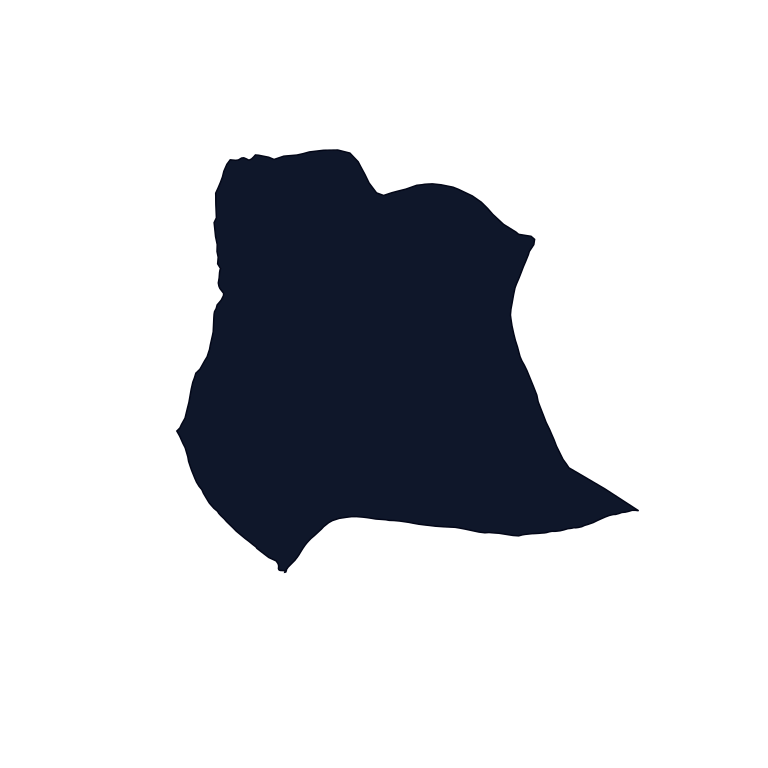 Champhone, Savannakhét, Laos, rotated 46°
{"feature_id": "54806243B27710680023105", "entity_name": "Champhone", "entity_type": "district", "adm_level": 2, "iso_a3": "LAO", "parent_name": "Laos", "parent_adm1": "Savannakhét", "projection": "mercator", "projection_center": [105.234, 16.49], "detail": "fine", "context": "isolated", "style": "filled", "palette": "ink", "viewbox_px": 768, "rotation_deg": 46, "n_neighbors": 0, "source": "geoboundaries", "source_scale": "gbopen_adm2", "svg_char_len": 3674}
<svg xmlns="http://www.w3.org/2000/svg" viewBox="0 0 768 768"><g transform="rotate(46 384 384)"><path d="M317.3,188.4L310.1,189.8L295.7,195.2L290.4,197.6L280.4,204.5L273.7,210.1L270.7,213.5L268.5,216.1L267.0,218.3L263.8,222.4L259.0,232.9L254.5,240.7L251.9,245.4L250.2,248.9L248.1,253.3L241.3,256.6L229.0,255.1L220.2,252.2L210.9,249.6L206.2,248.2L194.2,248.1L183.6,254.7L173.8,265.2L165.2,276.5L162.1,282.2L158.8,287.6L150.5,297.8L146.1,307.1L140.8,309.4L132.3,315.3L129.9,317.4L130.1,320.1L130.1,323.0L129.2,325.7L126.5,326.6L123.9,327.7L122.5,329.5L121.7,333.1L120.1,335.3L115.9,338.9L116.8,344.4L119.7,351.4L122.8,356.3L125.4,361.7L127.7,367.1L129.8,372.5L132.4,374.9L135.1,377.5L138.0,380.2L148.0,389.1L149.9,394.1L155.4,398.4L161.0,402.8L167.8,407.1L172.7,412.1L177.6,415.2L182.0,420.2L187.5,421.4L188.0,422.7L189.6,424.9L193.1,428.8L196.2,433.0L198.2,434.3L199.2,434.9L201.4,435.7L207.5,436.4L209.0,438.3L210.6,442.9L211.2,449.1L213.1,452.2L214.2,455.6L215.8,457.8L219.0,461.3L221.1,463.5L227.8,470.6L228.7,471.9L229.8,473.5L235.2,481.7L238.0,485.6L239.6,488.7L241.5,492.2L242.8,497.2L244.7,503.4L245.5,506.2L245.5,511.8L247.9,516.1L249.9,520.3L253.9,526.4L261.7,537.1L265.1,542.6L270.3,550.8L272.5,558.0L273.8,561.3L273.9,564.5L273.9,565.7L279.3,567.1L281.7,567.9L282.1,568.1L287.1,569.9L291.7,571.3L300.1,575.7L303.9,578.3L309.1,580.8L312.8,582.5L320.5,585.6L324.3,587.0L329.2,588.1L333.4,588.4L337.2,589.8L341.0,590.7L345.7,591.8L348.6,592.4L353.2,592.6L355.2,592.7L359.9,592.2L362.2,592.7L365.2,592.8L370.1,592.6L373.4,592.8L382.8,592.5L387.0,592.5L398.8,591.2L403.1,590.5L408.2,589.9L412.2,589.3L414.0,589.6L420.2,588.7L428.8,587.4L436.3,584.5L438.9,584.9L439.5,585.0L440.6,585.5L441.3,585.9L442.1,586.6L442.8,587.4L443.5,588.2L444.5,588.6L445.2,588.6L446.1,588.1L446.8,587.5L447.6,586.7L448.5,585.9L448.9,585.5L449.2,585.3L449.7,585.2L450.2,585.5L450.5,586.1L451.0,585.3L450.9,584.8L450.4,584.2L450.2,583.6L449.8,583.5L449.1,580.1L449.0,575.7L448.9,570.4L448.5,568.1L448.5,567.9L448.4,567.0L447.8,564.0L446.9,560.6L445.9,556.7L445.1,552.7L444.7,549.7L444.5,546.7L444.4,543.8L444.7,539.3L444.9,529.8L444.7,526.5L445.0,523.5L445.3,520.2L446.4,516.0L449.5,509.6L454.0,503.3L456.8,499.6L460.1,496.1L465.3,491.5L468.5,488.9L471.5,486.6L475.3,483.8L482.9,477.0L485.7,475.0L489.1,471.7L493.5,467.9L500.7,462.3L504.3,459.8L509.0,456.4L514.2,452.2L517.8,449.2L522.0,445.8L528.1,440.3L536.5,432.4L540.4,429.5L544.8,426.4L556.4,418.6L561.1,414.8L563.7,411.7L567.8,408.1L571.2,405.0L582.6,396.4L586.8,392.6L588.6,389.3L590.2,387.0L592.7,383.8L594.4,381.6L596.2,379.6L597.4,378.2L599.1,376.2L600.7,374.2L602.5,372.1L603.7,370.4L605.1,367.8L606.7,365.4L608.8,363.3L610.6,361.0L611.9,359.3L612.9,357.6L613.9,355.9L615.8,352.2L617.1,350.6L618.3,348.9L618.9,347.8L619.5,347.0L620.6,346.0L622.1,344.0L624.0,340.9L625.1,337.8L626.7,334.8L627.7,332.6L629.0,329.8L630.4,325.4L631.6,322.0L633.4,317.1L635.1,313.2L637.1,309.8L638.7,308.0L640.4,304.9L641.6,302.2L643.9,299.3L645.5,296.6L647.2,293.3L649.5,290.9L651.9,289.0L652.1,288.9L612.7,298.0L572.7,309.2L568.4,308.4L562.6,307.6L548.5,303.1L542.2,300.4L536.0,298.1L531.8,296.5L528.7,295.5L524.1,294.0L518.5,291.6L508.2,287.3L503.8,285.4L498.2,281.8L490.3,278.5L479.3,274.1L473.5,271.8L468.0,270.0L463.0,268.7L458.8,267.1L455.7,265.4L450.2,262.3L443.9,259.2L438.0,255.8L431.2,251.6L425.4,247.5L422.2,245.1L418.3,240.6L415.1,236.1L409.8,228.8L405.8,222.9L404.0,219.1L401.7,213.6L399.1,207.9L396.5,202.4L394.1,196.7L391.2,190.2L389.6,187.4L387.8,179.4L384.6,175.2L379.9,175.6L375.8,178.7L369.8,183.2L366.5,183.5L352.2,187.1L337.5,187.9L329.7,187.5L320.7,187.7L317.3,188.4Z" fill="#0f172a" stroke="#020617" stroke-width="1.5"/></g></svg>